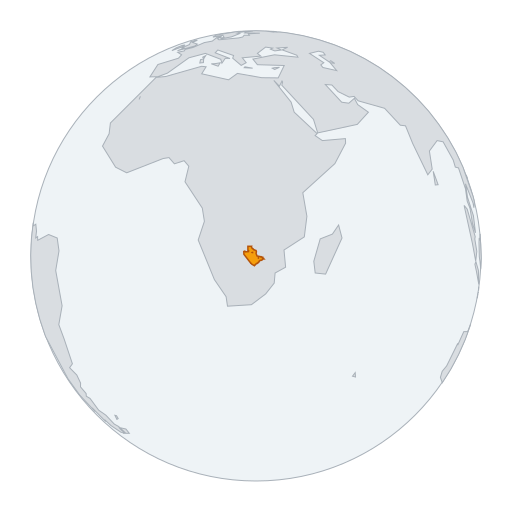 Central on an orthographic globe
{"feature_id": "BWA-2630", "entity_name": "Central", "entity_type": "District", "adm_level": 1, "iso_a3": "BWA", "parent_name": "Botswana", "parent_adm1": "", "projection": "orthographic", "projection_center": [27.183, -21.474], "detail": "fine", "context": "on_globe", "style": "filled", "palette": "amber", "viewbox_px": 512, "rotation_deg": 0, "n_neighbors": 0, "source": "natural_earth", "source_scale": "10m", "svg_char_len": 6679}
<svg xmlns="http://www.w3.org/2000/svg" viewBox="0 0 512 512"><circle cx="256" cy="256" r="225" fill="#eef3f6" stroke="#a8b0b8"/><path d="M33.2,222.7L33.0,226.1L35.8,224.2L36.5,231.3L35.7,237.9L37.6,236.6L37.7,240.3L48.6,234.5L57.2,238.0L59.0,250.9L55.7,270.5L62.1,305.8L58.8,324.6L64.2,339.2L72.4,363.8L69.6,367.7L76.8,375.0L80.6,383.1L80.5,386.9L86.1,393.5L86.3,396.2L90.1,398.5L98.7,410.2L105.9,415.2L114.3,424.1L119.0,426.7L119.1,427.7L121.4,430.2L124.4,432.2L121.2,432.4L110.9,425.5L105.2,420.2L105.2,421.0L92.1,407.8L95.1,411.6L79.6,394.9L68.0,378.8L45.7,336.8L44.9,334.7L39.8,319.3L35.8,303.5L32.9,287.5L31.2,271.3L30.7,255.1L31.4,238.8L33.2,222.7ZM129.3,433.3L122.8,433.3L125.2,432.7L120.0,427.7L125.9,429.0L129.3,433.3ZM116.9,419.4L114.9,415.3L116.5,415.7L118.2,418.6L116.9,419.4ZM273.8,31.4L276.7,31.7L273.8,31.6L265.3,31.0L272.9,32.0L272.4,31.6L276.8,32.1L279.1,32.0L282.4,32.3L280.2,32.0L284.4,32.5L285.3,32.6L286.9,32.8L303.2,35.7L319.2,39.8L334.9,45.0L350.2,51.3L364.9,58.8L379.1,67.3L392.6,76.9L405.4,87.4L417.4,98.8L428.5,111.0L438.6,124.1L447.8,137.8L456.0,152.2L463.0,167.2L463.9,169.9L473.1,196.4L474.5,202.4L473.9,207.7L473.0,202.9L465.5,183.8L467.5,197.2L473.4,215.7L475.5,232.8L472.5,223.5L470.0,208.3L467.2,201.2L465.5,188.9L458.5,167.9L455.3,167.1L453.2,160.0L443.1,141.8L437.1,140.6L429.4,151.0L432.2,169.1L427.8,174.8L412.7,143.5L405.5,125.8L400.3,125.2L384.6,108.3L358.1,100.8L354.1,96.4L349.2,97.1L338.1,91.6L331.9,85.0L325.3,84.5L341.7,102.2L348.8,103.2L354.4,98.3L357.7,104.6L368.4,112.2L357.3,124.4L317.7,132.9L313.5,119.4L281.8,85.2L282.6,82.0L282.4,81.6L282.0,81.0L279.4,86.2L273.8,80.4L291.1,102.1L294.2,112.2L317.1,133.6L315.1,135.6L322.4,140.6L345.4,138.6L345.6,143.2L334.9,163.6L302.8,192.7L306.9,216.3L304.3,236.9L284.0,250.0L285.6,267.2L275.1,273.0L274.2,283.1L265.7,293.9L251.4,304.7L227.5,306.2L226.1,296.7L214.4,279.6L198.2,240.0L204.4,221.3L202.3,208.1L185.0,181.8L188.8,166.2L184.1,160.7L174.4,163.8L169.0,157.6L163.2,158.5L126.7,172.8L115.6,167.2L102.5,146.1L109.1,133.8L110.4,123.0L156.1,77.4L165.7,76.5L201.6,66.3L206.1,66.8L201.7,73.8L228.6,79.8L237.4,73.4L261.8,77.7L278.2,77.9L284.2,65.5L257.4,64.7L252.9,59.1L274.5,54.8L297.9,57.2L296.8,55.2L282.2,49.9L287.6,47.3L277.1,48.0L281.3,50.0L274.8,50.9L270.5,49.2L272.6,48.1L265.6,47.1L257.4,53.4L260.8,56.1L242.3,57.8L246.2,62.7L241.2,65.4L232.7,58.2L233.6,55.5L217.8,50.0L215.2,52.8L230.0,58.5L225.3,58.3L221.9,63.2L220.8,59.3L205.4,53.4L188.9,57.8L167.5,73.1L157.8,76.7L149.9,76.9L157.9,64.5L178.5,58.2L181.6,54.8L177.7,52.3L184.3,50.9L185.2,49.4L193.0,47.5L204.3,42.6L212.3,41.1L216.9,37.5L221.6,36.5L217.5,38.7L219.0,39.8L238.8,37.9L242.7,37.0L244.2,35.2L249.4,35.3L248.3,33.8L259.8,33.2L244.7,33.0L246.0,31.9L253.0,31.1L250.8,31.0L239.3,32.4L237.1,33.1L239.6,33.6L231.4,36.9L224.5,38.1L222.9,35.3L212.9,37.1L216.0,35.1L238.2,31.4L256.0,30.7L273.8,31.4ZM140.4,96.3L139.1,99.5L140.4,96.3ZM322.9,67.5L336.7,70.6L330.0,62.6L334.7,63.4L330.7,60.7L329.4,62.1L319.4,55.3L325.2,54.9L323.2,52.3L318.5,51.2L309.5,53.4L323.8,62.7L320.8,64.9L322.9,67.5ZM182.6,45.3L185.1,45.0L182.0,46.9L171.9,50.6L176.3,47.8L182.6,45.3ZM189.5,44.5L190.7,41.7L197.0,39.9L193.3,41.3L197.4,40.3L192.4,42.4L197.3,44.1L194.8,46.0L177.5,50.7L184.5,47.8L181.6,48.0L189.5,44.5ZM211.3,63.8L214.8,63.7L220.2,62.8L218.1,66.2L211.3,63.8ZM200.5,59.7L203.7,58.9L203.4,62.6L199.8,63.0L200.5,59.7ZM205.7,55.6L203.9,58.5L202.7,57.2L205.7,55.6ZM220.5,38.1L223.9,37.5L224.2,37.9L222.2,38.8L220.5,38.1ZM279.5,67.3L274.7,69.5L272.3,68.2L274.4,67.7L279.5,67.3ZM244.9,66.8L252.7,68.2L244.2,67.7L244.9,66.8ZM355.2,372.6L355.5,377.0L352.5,376.2L355.2,372.6ZM342.0,238.0L325.6,274.1L315.2,273.0L313.8,261.3L320.2,238.9L332.4,234.1L338.6,225.0L342.0,238.0ZM478.0,293.3L477.4,297.4L477.3,298.3L478.0,293.3ZM478.8,286.7L478.6,290.5L478.5,288.3L478.8,286.7ZM478.2,292.9L478.4,292.0L478.3,292.6L478.2,292.9ZM478.8,284.4L476.5,271.7L474.9,264.2L475.9,261.7L478.4,270.4L478.8,284.4ZM475.7,261.2L472.5,243.8L464.1,205.4L467.2,209.1L475.2,236.6L474.8,239.0L476.8,251.4L475.7,261.2ZM481.3,258.7L481.2,260.5L480.7,269.2L480.0,261.4L479.3,256.8L479.0,242.7L479.2,237.9L479.9,240.6L480.2,233.9L481.3,258.7ZM433.2,171.3L438.1,184.7L435.3,185.0L433.2,171.3ZM467.6,178.8L467.3,177.9L466.2,174.9L466.2,175.0L467.6,178.8ZM442.3,382.7L440.4,377.4L442.2,371.3L446.6,366.0L457.8,343.3L457.7,345.1L463.8,331.6L467.7,331.6L470.7,324.3L465.2,339.6L458.6,354.5L451.0,368.9L442.3,382.7Z" fill="#d9dde1" stroke="#a8b0b8" stroke-width="1"/><path d="M251.5,246.3L251.4,246.5L251.4,246.8L251.5,246.9L251.6,247.1L252.1,248.3L252.3,248.5L252.5,248.5L252.8,248.6L252.8,248.8L253.0,248.9L253.0,249.0L253.3,249.2L253.5,249.3L253.7,249.5L253.8,249.6L254.1,249.7L254.1,249.8L254.3,249.9L254.3,250.0L254.5,250.0L255.0,250.2L255.3,250.2L255.5,250.3L255.7,250.5L255.8,250.5L256.0,250.5L256.3,251.1L256.4,251.6L256.3,252.2L256.3,252.4L256.2,252.6L256.2,253.0L256.1,253.3L256.1,253.5L256.2,253.9L256.3,254.1L256.5,254.4L256.6,254.8L256.7,255.1L256.8,255.5L256.9,255.8L257.1,256.0L257.4,256.1L257.7,256.1L258.0,256.2L258.5,256.2L258.7,256.3L259.0,256.3L259.3,256.4L259.6,256.5L260.0,256.5L260.3,256.6L260.6,256.7L260.7,256.8L260.7,256.7L260.8,256.7L261.0,256.7L261.3,256.7L261.4,256.8L261.6,256.9L262.1,257.1L262.5,257.2L262.6,257.3L262.8,257.3L262.8,257.5L262.7,257.6L262.7,257.9L262.7,258.0L262.8,258.2L262.9,258.3L263.0,258.4L263.5,258.4L263.5,258.5L263.9,258.9L263.7,258.9L263.4,258.8L263.2,259.0L262.8,259.0L262.7,259.1L262.5,259.3L262.5,259.6L262.4,259.7L262.3,259.8L262.1,259.9L262.0,260.0L261.9,260.0L261.6,260.1L261.4,260.3L261.2,260.3L260.9,260.4L260.6,260.3L260.3,260.3L260.2,260.4L260.1,260.5L259.9,260.7L259.7,260.7L259.6,260.9L259.5,261.0L259.4,261.2L259.3,261.3L259.2,261.3L259.2,261.5L259.0,261.8L258.9,261.8L258.7,261.9L258.7,262.0L258.8,262.1L258.7,262.2L258.6,262.3L258.4,262.4L258.3,262.5L258.2,262.5L258.1,262.8L257.9,262.8L257.7,262.9L257.5,263.0L257.4,263.0L257.4,263.3L257.2,263.5L256.9,263.6L256.7,263.6L256.4,263.8L256.2,263.9L256.0,264.0L255.9,264.0L255.7,264.2L255.7,264.3L255.6,264.5L255.4,264.6L255.2,264.8L255.1,265.0L254.9,265.0L254.8,265.3L254.7,265.4L254.5,265.5L254.4,265.7L251.8,264.2L251.3,263.6L251.2,263.4L250.8,263.3L250.8,263.2L249.7,261.8L243.9,254.3L243.8,251.6L244.0,251.6L244.3,251.5L244.2,251.4L244.3,251.3L244.5,251.3L244.5,251.2L244.8,251.1L245.0,251.3L245.3,251.5L245.5,251.6L245.6,251.8L245.8,251.9L246.0,251.8L248.5,251.6L248.6,250.6L247.9,250.3L247.9,250.2L247.9,246.3L251.5,246.3L251.5,246.3ZM252.4,252.4L252.2,252.4L252.1,252.5L252.4,252.6L252.6,252.6L252.6,252.4L252.4,252.4L252.4,252.4ZM258.4,258.1L258.5,258.0L258.5,257.9L258.4,257.8L258.3,258.0L258.4,258.1Z" fill="#f59e0b" stroke="#b45309" stroke-width="1.5"/></svg>